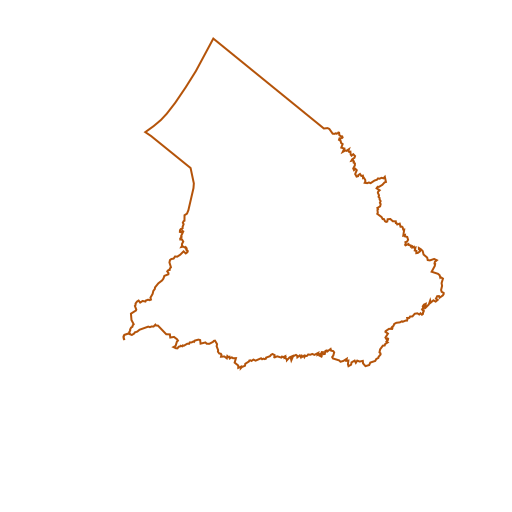 the district of Karongi, Western, Rwanda, rotated 39°
{"feature_id": "39286606B2179123121438", "entity_name": "Karongi", "entity_type": "district", "adm_level": 2, "iso_a3": "RWA", "parent_name": "Rwanda", "parent_adm1": "Western", "projection": "equal_earth", "projection_center": [29.451, -2.174], "detail": "fine", "context": "isolated", "style": "outline", "palette": "amber", "viewbox_px": 512, "rotation_deg": 39, "n_neighbors": 0, "source": "geoboundaries", "source_scale": "gbopen_adm2", "svg_char_len": 6156}
<svg xmlns="http://www.w3.org/2000/svg" viewBox="0 0 512 512"><g transform="rotate(39 256 256)"><path d="M380.3,287.2L386.3,284.8L388.2,285.0L389.9,282.6L391.2,278.8L392.2,280.6L393.6,279.1L395.6,282.3L397.2,283.4L398.3,280.6L397.2,278.6L398.5,275.2L400.8,276.2L400.5,273.6L403.0,272.8L405.0,270.3L406.8,272.1L410.4,272.7L412.6,269.5L411.9,266.9L414.7,262.5L414.3,260.4L415.2,258.2L414.7,257.2L414.8,254.2L414.0,253.3L412.6,253.2L411.2,250.4L411.0,245.8L412.3,244.6L411.8,243.0L412.7,240.3L411.3,240.4L411.4,238.5L410.8,237.2L410.2,237.2L409.8,238.6L407.9,237.9L407.4,233.3L404.3,233.5L404.0,232.9L405.2,228.9L407.7,227.0L407.4,226.2L406.5,226.5L406.4,225.8L406.8,223.7L406.2,221.8L407.1,219.6L409.6,217.0L410.5,214.9L411.4,214.8L413.0,211.9L414.0,211.2L413.5,209.8L412.5,209.0L414.1,207.6L413.8,206.1L415.6,204.5L415.7,201.0L417.5,199.0L419.7,198.7L419.9,197.0L421.9,197.2L422.2,195.9L421.4,194.9L421.3,193.7L420.6,192.7L419.8,193.3L418.6,192.9L418.9,191.3L417.3,190.2L417.1,188.1L418.0,186.3L418.5,187.1L418.6,190.0L419.2,190.5L420.3,190.0L420.8,184.9L419.4,181.0L421.1,182.3L421.8,178.8L424.3,178.4L424.8,175.8L422.7,175.9L422.1,173.2L423.4,172.0L424.9,172.9L426.0,169.1L425.8,167.5L425.1,166.6L422.8,167.0L421.2,165.9L419.4,162.1L417.3,160.3L415.5,155.9L413.1,156.2L412.9,156.9L410.9,155.4L408.7,155.3L402.4,157.7L401.2,151.2L400.2,149.4L399.5,149.6L398.7,148.0L399.2,145.5L396.3,146.2L393.9,150.0L392.0,151.1L390.0,149.5L385.3,149.4L382.5,147.3L380.1,147.0L377.6,147.3L378.4,148.2L379.8,148.2L380.5,149.2L379.8,151.8L378.8,152.9L377.4,151.1L375.9,151.8L374.6,149.1L374.0,150.0L372.9,149.4L372.1,151.1L371.1,150.2L370.4,151.2L369.6,150.4L367.8,151.3L366.9,150.7L365.5,153.6L364.9,153.5L364.9,152.6L363.4,151.2L364.3,149.9L364.0,147.7L361.5,146.0L359.2,147.1L358.5,145.9L357.6,147.4L354.5,142.1L353.7,142.8L351.9,141.4L350.8,141.4L349.9,142.3L347.3,140.4L345.9,142.6L344.5,142.0L344.0,142.4L342.8,141.1L340.5,142.9L337.1,142.7L335.2,144.6L336.3,146.6L335.7,147.6L334.4,147.8L332.1,146.8L331.2,147.6L329.1,146.7L323.7,146.9L323.3,145.6L321.4,143.8L321.4,142.8L320.1,142.3L321.2,139.3L320.2,137.2L318.8,136.7L318.3,134.9L316.5,134.3L315.5,133.1L314.0,132.9L313.4,131.4L310.9,130.2L310.4,129.0L310.7,127.1L307.1,127.5L307.0,125.6L308.0,125.0L309.4,121.2L309.6,117.9L310.4,116.7L306.3,113.4L306.2,115.4L304.4,116.2L303.3,118.3L302.0,118.9L302.0,120.6L300.6,122.8L299.2,127.3L297.5,127.8L296.6,129.4L294.4,130.7L294.0,129.1L292.9,128.1L290.4,127.3L290.1,128.0L288.5,126.3L287.5,127.5L285.2,126.8L284.6,128.8L285.1,129.7L284.2,131.0L281.5,129.9L280.3,125.9L278.3,125.7L278.1,127.6L276.5,126.8L275.8,123.4L274.6,121.8L273.1,122.0L272.6,120.9L271.3,120.6L270.2,122.0L269.9,120.4L270.7,117.7L270.1,116.0L267.5,115.7L267.1,117.9L265.8,117.6L263.7,115.5L262.9,116.5L261.7,116.3L261.0,114.5L260.1,117.4L259.1,117.6L257.9,120.5L257.0,116.9L254.1,118.1L252.9,114.5L251.0,114.6L249.4,113.3L247.4,113.5L246.9,112.1L247.9,111.9L248.0,110.1L248.6,110.0L248.7,109.4L247.7,108.8L246.8,109.5L244.7,109.6L243.0,107.9L242.3,108.2L242.4,109.0L241.5,110.4L240.8,110.4L240.1,111.7L238.6,112.7L233.0,111.1L231.1,111.6L228.5,114.2L86.0,113.9L92.9,150.1L95.2,169.1L96.8,187.8L97.1,201.7L96.5,210.1L94.7,219.5L92.0,229.4L99.0,228.8L149.8,228.8L162.0,238.7L164.7,242.6L174.6,262.9L175.7,266.5L174.8,269.3L178.2,273.6L177.8,274.4L178.2,276.2L179.7,276.8L180.7,279.8L181.5,280.5L181.4,281.7L180.6,282.4L180.7,283.8L181.7,285.2L182.4,284.9L182.3,284.1L183.4,284.0L183.1,282.8L184.0,282.7L185.3,287.7L186.2,288.0L186.1,290.1L186.8,290.8L188.0,289.7L190.4,290.6L190.9,293.3L192.1,294.6L192.3,296.0L193.5,294.5L195.8,294.1L195.8,293.4L197.3,293.7L197.7,294.8L198.5,294.9L198.5,296.0L199.0,294.9L199.9,295.1L200.3,296.3L199.8,298.2L196.8,298.0L196.3,302.7L195.2,306.1L193.4,307.3L193.6,309.9L192.1,311.6L191.7,313.3L192.8,315.5L197.0,318.3L196.9,319.9L197.7,321.2L196.8,322.1L196.7,323.8L198.8,324.4L199.4,325.4L197.3,329.1L198.3,331.9L198.4,334.1L197.3,338.7L197.3,344.0L198.1,345.2L198.2,347.8L199.5,350.5L200.2,354.8L201.8,356.0L201.1,357.3L199.6,357.9L198.4,360.0L198.7,361.0L196.2,362.3L195.3,365.1L192.8,364.5L192.2,366.3L192.3,368.7L193.2,369.8L193.3,371.0L196.7,373.0L197.0,373.9L195.1,379.5L199.5,384.1L203.9,386.0L203.8,387.4L204.5,388.8L204.0,390.2L204.4,392.3L205.1,393.0L205.4,395.0L207.1,395.8L205.4,396.8L203.3,400.1L203.4,401.0L203.7,402.0L204.4,402.8L205.6,403.7L206.6,404.1L204.3,402.5L203.4,400.6L203.7,399.7L205.6,396.7L209.2,395.5L210.1,392.9L209.9,391.6L211.3,389.5L211.9,386.6L216.7,378.7L218.3,378.1L219.2,376.5L220.8,375.3L221.0,372.7L222.0,373.0L223.6,371.8L235.5,373.3L238.4,371.1L240.7,373.3L243.2,370.5L247.1,370.4L248.6,370.9L248.4,372.3L250.1,376.5L249.2,378.7L251.8,378.1L253.1,377.2L253.0,375.2L253.9,374.1L253.9,373.2L255.5,372.6L255.4,371.5L256.4,371.2L257.8,367.4L259.3,366.3L258.9,364.9L260.4,363.6L261.1,361.8L261.9,361.7L261.7,360.2L263.9,357.2L265.5,356.5L268.1,359.0L271.1,355.0L272.9,355.2L275.0,353.6L276.6,349.9L276.7,348.4L277.4,347.6L281.2,349.0L282.2,350.9L285.8,353.0L286.6,354.3L288.8,354.9L290.2,354.1L291.3,354.5L292.2,356.3L294.6,354.0L297.7,353.9L296.7,351.8L298.2,351.9L298.8,351.0L300.1,352.1L301.0,350.0L302.5,349.9L304.7,348.0L306.5,352.3L311.1,352.3L312.6,354.1L314.0,351.4L314.8,352.6L314.9,351.2L316.5,348.2L315.5,346.5L316.9,342.4L316.6,341.4L317.3,340.6L318.5,340.4L319.2,338.1L321.5,337.6L324.3,332.3L325.7,332.4L326.5,331.0L327.6,330.7L328.3,329.6L327.8,328.6L329.9,325.1L329.9,323.3L330.5,321.8L332.8,321.3L334.4,323.9L334.2,323.0L335.7,320.6L339.6,319.0L339.5,317.8L340.8,317.5L341.7,315.6L342.4,317.0L342.8,316.3L343.2,317.0L345.0,316.8L345.6,317.5L345.9,313.6L347.0,311.5L347.4,313.5L349.1,314.8L347.9,310.6L349.3,307.7L350.7,307.6L351.9,308.7L352.6,305.7L354.7,306.5L354.4,304.7L355.5,305.0L356.0,303.5L357.2,304.1L356.9,302.6L357.5,302.7L358.5,301.4L358.5,299.7L360.3,298.6L361.4,296.7L363.6,296.1L365.3,292.2L366.1,294.1L367.2,292.2L367.9,293.5L370.2,293.0L370.0,292.3L368.8,292.2L367.6,289.3L368.6,288.6L368.9,290.0L369.9,290.1L371.1,288.9L369.7,286.0L370.4,284.9L371.5,285.4L372.5,281.3L373.9,282.3L375.9,281.3L377.4,281.7L378.7,284.7L378.8,286.6L380.3,287.2Z" fill="none" stroke="#b45309" stroke-width="2"/></g></svg>